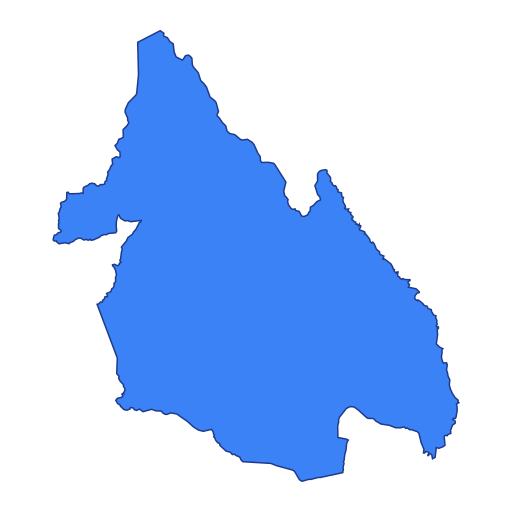 the district of Macanga, Tete, Mozambique
{"feature_id": "85939544B71238690131788", "entity_name": "Macanga", "entity_type": "district", "adm_level": 2, "iso_a3": "MOZ", "parent_name": "Mozambique", "parent_adm1": "Tete", "projection": "mercator", "projection_center": [33.601, -14.715], "detail": "fine", "context": "isolated", "style": "filled", "palette": "blue", "viewbox_px": 512, "rotation_deg": 0, "n_neighbors": 0, "source": "geoboundaries", "source_scale": "gbopen_adm2", "svg_char_len": 6049}
<svg xmlns="http://www.w3.org/2000/svg" viewBox="0 0 512 512"><path d="M327.0,170.4L325.8,169.7L322.0,170.2L319.8,171.1L318.3,172.6L317.5,174.4L317.6,181.0L314.9,185.6L317.6,194.4L320.0,197.3L320.5,199.9L316.9,201.6L313.4,205.4L310.4,207.2L310.2,210.8L308.8,212.4L307.7,214.9L304.0,216.5L301.6,216.0L299.2,211.4L295.7,210.5L295.1,208.9L292.6,209.3L291.3,208.8L288.3,204.5L287.6,201.2L288.1,199.7L286.2,197.0L284.8,195.9L283.7,191.2L285.9,182.1L274.8,164.5L273.6,163.3L268.4,162.3L261.6,162.5L260.5,160.6L260.1,156.4L258.0,153.5L254.1,144.7L251.9,142.1L247.4,139.3L242.7,140.0L240.4,139.4L234.9,134.7L229.9,133.6L227.0,131.1L225.8,125.9L222.5,122.7L219.3,117.9L217.1,115.8L217.1,114.6L218.5,111.5L216.1,102.6L214.5,100.5L210.1,97.1L206.5,87.1L203.9,83.6L200.7,80.6L198.3,72.8L193.1,66.7L192.3,64.3L191.9,58.2L190.3,56.3L188.3,55.1L186.4,55.4L185.1,56.1L183.3,59.3L182.0,59.9L176.1,56.9L174.2,52.0L173.2,43.8L170.0,41.7L167.3,37.6L164.1,36.3L163.5,35.5L163.9,33.3L160.2,30.7L137.7,42.3L138.5,74.7L136.7,93.2L135.9,95.1L128.3,102.8L125.4,109.2L125.0,111.9L127.7,118.2L127.6,120.1L128.8,122.8L127.0,125.7L123.1,129.6L123.3,137.0L122.1,138.0L118.8,139.3L117.4,143.2L115.0,145.6L117.4,149.8L119.9,151.9L120.2,156.7L118.7,157.6L117.1,156.8L115.6,157.0L112.1,159.1L112.6,164.3L111.0,166.0L109.4,170.0L107.7,171.9L108.0,174.8L106.5,178.8L106.7,180.3L105.0,181.7L104.7,184.0L102.1,184.7L100.6,184.5L98.3,186.2L96.5,185.6L94.6,183.7L92.1,183.2L89.7,183.7L88.5,185.0L84.2,187.0L83.2,188.3L83.1,193.3L81.8,192.9L79.3,193.5L69.3,193.8L68.2,192.2L66.8,192.5L66.6,199.4L64.6,201.3L61.5,202.3L60.5,203.2L61.2,206.9L60.1,208.6L59.2,212.3L58.3,213.3L59.2,218.2L58.5,220.9L59.0,223.0L58.5,223.8L58.5,227.8L58.7,228.6L61.1,230.4L61.2,231.1L60.6,232.1L58.3,232.7L56.2,234.8L54.3,235.2L53.2,239.2L53.2,240.0L54.5,241.1L56.5,240.9L57.1,242.4L59.1,243.8L65.0,242.7L69.0,243.7L70.0,242.7L73.5,241.3L75.3,239.6L78.4,238.2L80.5,238.1L83.9,240.0L86.5,239.4L88.1,240.3L90.2,239.3L91.1,240.3L93.6,239.8L99.7,237.1L100.9,235.7L104.4,234.5L106.1,234.8L108.9,233.4L115.7,232.8L116.7,231.0L116.2,226.4L116.4,221.3L117.7,215.9L118.9,214.8L120.5,218.3L124.9,220.9L127.5,220.6L130.8,221.7L141.2,220.4L141.1,221.4L139.3,222.7L136.0,229.2L133.3,232.3L132.5,234.2L127.9,237.6L126.4,240.9L121.4,247.1L122.3,249.5L121.5,251.7L120.5,259.2L119.8,260.5L121.0,262.4L119.4,263.2L119.2,264.5L117.5,265.8L114.6,264.3L112.5,264.8L112.6,265.9L113.8,266.8L115.5,270.2L116.5,275.2L115.5,277.3L115.6,281.6L114.0,283.4L114.1,286.2L112.8,288.3L111.9,288.6L110.7,291.7L106.6,293.5L107.5,295.7L107.1,296.8L105.7,296.5L104.8,297.0L104.2,299.3L102.7,300.2L102.3,302.0L100.6,302.0L98.4,304.0L97.1,304.3L117.3,358.0L116.7,373.7L119.0,376.2L118.6,378.4L120.3,381.4L123.4,384.6L123.5,386.6L124.7,388.3L125.0,390.2L123.7,392.6L123.9,393.7L122.9,393.3L121.9,394.2L122.8,396.0L121.5,397.4L117.4,398.3L115.8,400.3L117.5,403.4L120.2,405.1L120.6,406.6L121.7,407.1L122.8,408.7L124.8,409.9L127.3,410.1L130.0,409.0L130.3,407.8L131.0,407.4L133.5,408.2L134.3,409.7L136.5,410.4L139.7,409.1L142.9,411.7L151.7,409.3L155.7,410.8L161.4,411.1L162.5,412.7L165.0,414.3L166.9,414.4L170.8,412.9L176.8,414.0L187.4,421.4L193.6,427.0L198.5,430.1L203.3,431.3L211.5,429.4L213.2,431.9L213.5,433.9L214.3,435.0L213.7,436.9L214.8,437.8L215.6,440.1L217.6,442.6L219.8,443.8L219.9,445.4L226.2,451.2L230.2,452.1L232.3,454.5L234.7,454.3L235.8,455.4L239.8,457.1L241.1,460.0L242.8,461.7L270.8,463.4L277.0,465.8L291.3,469.7L293.5,470.5L294.9,471.9L299.4,479.7L302.0,481.3L308.5,479.4L311.2,479.3L318.5,477.4L320.2,477.5L342.8,472.6L342.6,471.6L343.3,470.5L343.1,467.1L344.0,463.6L343.5,461.4L344.1,460.4L344.7,454.8L346.0,450.1L346.5,444.5L347.2,441.6L348.3,440.1L346.3,439.1L337.9,437.5L337.7,425.7L338.6,422.6L338.7,419.1L339.5,417.2L346.4,408.4L350.1,406.6L354.2,407.0L358.5,410.2L366.6,417.6L368.3,418.4L373.4,418.5L375.9,421.1L380.9,424.0L389.2,425.3L395.5,427.7L400.3,427.8L404.2,426.9L405.8,428.4L407.2,428.0L409.6,429.7L411.2,429.6L417.2,431.6L418.9,433.3L421.1,442.5L423.9,449.2L423.5,453.0L424.4,453.1L425.7,451.7L427.9,451.8L428.9,453.0L427.8,455.0L428.0,455.6L428.7,455.4L428.7,454.4L430.1,453.5L431.8,455.0L432.5,458.8L435.1,457.4L436.3,447.5L438.9,448.3L443.1,446.7L445.0,445.3L444.2,436.4L445.1,435.3L447.2,435.7L447.9,434.5L450.8,433.4L450.6,430.2L451.7,427.2L452.8,424.8L455.1,423.4L455.2,421.1L452.6,419.2L453.6,418.3L455.2,418.5L456.0,417.3L457.2,410.3L457.1,406.9L456.4,404.2L458.8,402.7L457.7,401.8L458.2,401.0L458.0,400.0L455.0,397.5L452.4,393.5L450.3,388.8L449.3,384.9L449.8,379.9L448.0,376.0L447.4,372.3L446.5,370.2L447.3,364.6L446.4,362.7L443.4,363.1L442.4,361.1L441.4,357.2L442.1,352.1L441.8,350.5L442.9,348.7L439.6,347.1L436.3,343.9L437.6,334.6L437.1,329.0L438.2,328.7L438.5,327.9L438.2,326.7L436.9,327.0L436.2,326.1L437.3,324.1L436.7,322.9L436.9,320.4L435.7,317.8L435.9,315.7L433.7,315.1L431.5,311.4L431.3,309.6L428.3,308.7L426.9,306.1L425.2,305.9L423.6,304.9L422.9,303.6L418.6,300.2L417.8,300.0L417.4,300.7L415.3,299.3L414.7,297.9L415.1,295.6L417.2,293.1L419.2,292.6L419.4,292.0L416.1,288.8L408.4,287.2L409.5,284.6L408.1,282.9L408.0,281.8L410.0,280.5L409.9,279.7L404.5,279.5L402.8,278.5L401.7,279.4L399.8,278.1L399.6,277.1L397.9,276.4L397.6,274.3L398.1,272.0L397.1,271.9L396.4,273.2L395.7,272.8L394.1,270.8L394.4,269.6L392.7,268.5L392.8,267.2L390.9,263.9L384.4,258.9L382.9,259.1L383.9,256.1L379.9,254.4L379.4,251.7L376.4,249.2L374.2,243.8L372.8,242.1L371.7,242.9L370.3,241.8L369.7,239.3L368.3,237.3L365.9,234.3L364.5,234.0L365.1,233.0L364.6,231.8L359.5,229.8L359.5,228.5L360.4,227.7L360.8,225.9L359.7,225.4L359.3,224.2L358.6,225.8L357.3,224.1L356.0,224.3L355.7,222.1L353.9,221.7L353.5,220.6L352.2,220.0L351.8,218.3L352.9,217.8L353.0,216.8L350.5,214.1L350.9,212.7L348.0,211.3L348.7,208.9L345.7,209.3L344.6,208.2L345.5,207.7L345.2,205.6L343.4,202.5L342.8,200.0L343.5,197.4L342.3,196.9L341.7,195.7L341.5,192.9L337.8,191.8L338.1,189.6L336.7,188.9L336.3,186.8L335.4,185.7L334.2,185.9L332.7,184.9L331.8,182.6L330.2,181.3L330.7,180.0L330.5,177.5L327.0,173.1L327.0,170.4Z" fill="#3b82f6" stroke="#1e3a8a" stroke-width="1.5"/></svg>